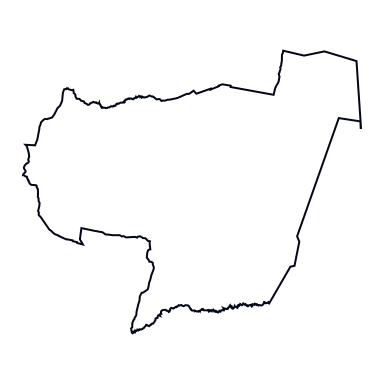 Rosario de la Frontera, Salta, Argentina
{"feature_id": "61730980B41964155809664", "entity_name": "Rosario de la Frontera", "entity_type": "district", "adm_level": 2, "iso_a3": "ARG", "parent_name": "Argentina", "parent_adm1": "Salta", "projection": "robinson", "projection_center": [-64.783, -25.907], "detail": "fine", "context": "isolated", "style": "outline", "palette": "ink", "viewbox_px": 384, "rotation_deg": 0, "n_neighbors": 0, "source": "geoboundaries", "source_scale": "gbopen_adm2", "svg_char_len": 5922}
<svg xmlns="http://www.w3.org/2000/svg" viewBox="0 0 384 384"><path d="M73.3,89.8L71.9,90.2L68.7,89.3L68.3,89.0L68.1,88.4L67.0,88.2L66.7,88.9L66.2,89.2L65.6,89.0L64.2,89.3L62.9,92.8L62.1,101.0L60.0,105.8L57.6,108.0L54.2,114.6L52.2,117.4L47.2,119.1L45.0,118.9L43.3,120.0L41.0,122.4L40.3,125.1L39.4,127.0L39.3,129.1L37.3,139.6L35.1,145.3L25.5,144.8L26.6,146.0L27.2,147.4L28.9,153.6L28.9,155.1L29.2,156.5L28.3,159.3L28.2,159.8L28.8,161.2L28.3,162.6L26.0,163.9L24.3,166.3L23.9,167.5L24.0,168.4L25.5,170.9L25.6,171.6L25.2,172.3L23.2,174.2L23.0,175.2L23.7,175.2L25.5,176.4L26.9,176.7L27.0,177.8L27.7,178.9L27.8,179.8L28.7,180.6L28.6,181.6L29.4,182.4L29.5,183.2L30.3,184.2L31.5,184.9L35.9,185.2L36.6,185.7L36.6,187.1L37.9,189.2L38.0,195.4L37.8,197.0L38.5,198.2L38.6,201.0L39.6,202.9L39.3,206.2L38.1,211.0L38.7,212.2L38.9,213.2L38.6,214.4L38.9,215.3L40.6,216.9L49.2,229.4L51.9,231.4L52.4,232.2L54.9,234.2L58.7,235.6L58.6,235.9L66.3,239.4L66.5,239.2L72.7,240.4L72.8,241.2L77.0,242.1L77.0,242.9L82.9,244.5L79.9,239.3L81.4,228.1L93.8,230.7L102.6,232.3L105.2,234.2L106.2,234.6L107.7,234.5L112.5,235.2L119.7,235.2L122.1,236.5L123.7,236.1L126.0,237.4L134.9,236.9L137.1,237.6L137.7,236.8L139.5,236.3L140.8,236.6L143.0,238.1L145.1,238.2L146.3,239.1L148.0,240.9L149.9,241.3L149.7,241.9L149.7,244.1L150.3,249.4L149.0,249.7L148.1,250.3L147.3,252.5L146.8,257.7L148.6,259.8L149.4,261.8L150.9,261.7L152.7,262.7L152.8,264.4L153.9,267.4L153.4,270.0L151.5,274.8L150.1,280.3L149.3,282.1L148.5,286.6L147.7,289.4L143.8,292.2L142.7,292.7L141.6,292.8L139.8,296.5L139.5,300.7L138.4,304.0L136.6,311.4L136.3,314.9L135.9,316.0L134.7,317.6L134.3,319.3L133.6,320.0L132.5,322.5L132.2,324.3L132.3,327.1L131.1,328.5L131.8,332.5L132.5,333.3L133.0,333.0L132.5,332.3L132.6,331.9L133.2,331.6L134.7,332.2L134.6,331.5L135.1,330.5L135.8,331.3L137.0,330.6L137.3,330.2L137.3,329.6L137.9,329.6L138.6,330.3L138.9,329.9L139.5,329.9L139.7,329.3L141.4,329.5L142.0,329.0L142.5,329.0L142.8,328.5L143.9,328.0L144.5,327.0L145.7,325.9L146.1,324.9L146.9,324.9L147.3,325.4L149.0,326.2L149.7,325.4L150.5,325.3L150.8,324.6L151.7,324.2L151.9,323.7L153.3,323.5L153.6,322.7L154.5,321.8L154.9,320.9L155.3,320.5L155.4,319.0L155.7,318.4L156.5,318.2L157.0,317.8L157.5,317.9L158.0,315.5L158.7,315.3L160.1,315.9L159.5,314.6L159.9,314.2L161.3,313.8L161.0,313.0L161.0,311.9L161.4,310.9L161.9,310.5L163.5,309.9L165.8,309.9L166.4,310.7L167.9,310.8L168.8,312.0L169.3,311.7L170.0,310.5L170.1,309.2L171.1,307.9L173.4,308.5L173.8,308.0L174.3,308.0L175.7,306.9L176.4,307.1L176.7,306.6L177.2,306.7L178.7,305.2L179.1,305.6L181.5,305.0L182.2,305.7L183.6,306.2L185.4,305.2L188.0,305.4L188.8,306.0L190.3,308.6L190.9,309.0L190.8,309.4L191.2,309.9L192.2,310.6L194.5,310.5L194.9,311.3L195.7,310.9L196.7,311.4L198.2,311.6L198.3,311.1L198.6,311.0L199.8,311.0L200.0,311.3L200.4,310.2L202.0,309.9L201.9,309.1L203.0,309.0L203.6,310.2L207.0,310.4L208.3,309.9L208.7,310.1L208.5,310.7L208.9,311.5L209.2,311.2L210.0,311.2L210.3,310.9L210.4,310.2L210.7,310.3L210.6,310.7L211.5,310.8L211.8,311.1L212.1,310.1L213.1,310.3L213.3,309.9L214.3,311.5L214.9,311.3L215.0,310.7L215.9,310.9L215.9,311.8L217.3,311.7L217.3,312.2L217.9,312.5L218.8,311.5L219.8,311.7L219.8,311.0L220.5,311.2L220.5,310.7L222.0,310.2L223.9,310.4L224.2,309.7L223.5,309.4L223.6,308.8L223.3,308.1L224.0,308.5L225.5,308.6L226.5,309.1L227.7,308.3L227.9,308.7L228.1,308.6L228.4,307.4L229.7,306.7L229.5,306.1L230.1,305.3L230.5,306.3L231.0,305.9L231.6,306.2L231.8,306.7L231.4,307.6L231.7,307.9L232.1,307.5L232.5,308.6L232.8,308.7L233.0,308.1L233.8,308.0L234.6,306.1L234.8,306.6L235.8,306.9L237.2,307.7L237.2,307.3L237.9,306.8L237.5,305.8L237.6,305.5L238.9,304.8L239.1,305.1L238.8,306.0L239.3,305.8L240.2,304.0L241.9,305.3L242.4,305.0L243.1,303.5L243.4,303.4L243.6,303.9L244.4,304.4L245.4,304.1L245.5,305.1L247.0,305.1L247.7,305.4L247.8,305.9L247.6,306.2L247.9,306.3L249.0,305.3L251.5,304.7L251.8,305.0L251.3,305.4L251.3,305.8L251.8,306.0L251.9,306.4L252.2,306.2L252.6,305.1L252.7,304.2L253.7,304.3L254.3,304.8L254.5,304.6L254.3,304.1L254.8,303.6L255.1,303.8L254.9,304.3L255.1,304.6L256.5,304.2L256.7,304.9L257.5,304.6L258.3,305.5L259.2,305.0L261.6,305.5L262.3,305.2L263.2,304.2L263.5,303.6L264.0,303.3L264.1,302.0L264.5,302.0L264.9,303.1L265.3,303.3L267.3,302.9L268.2,302.3L268.4,303.1L269.1,303.5L290.4,266.7L294.5,265.8L299.3,241.7L297.1,236.4L338.8,118.1L360.4,121.4L360.7,128.0L361.0,128.0L356.5,61.1L324.4,51.4L304.1,55.6L283.2,50.7L282.9,53.0L282.0,54.5L281.8,61.8L281.4,62.9L281.2,65.4L280.2,67.4L280.5,68.9L280.3,69.9L279.5,71.9L279.5,72.6L278.7,73.8L279.5,76.7L278.6,81.6L278.1,82.9L276.6,85.2L275.2,88.1L273.6,94.8L230.6,87.0L230.7,85.7L222.4,84.3L218.7,85.6L218.9,86.2L210.5,89.6L210.6,88.7L196.4,93.7L193.6,90.7L189.1,93.9L186.7,93.9L177.5,98.0L170.6,99.5L167.5,99.8L164.8,100.7L162.8,100.5L161.5,101.0L159.8,99.2L159.0,99.0L156.7,99.4L155.4,98.5L154.2,97.3L153.5,97.2L152.7,96.4L151.5,96.5L149.6,95.5L148.6,95.9L147.4,96.8L144.8,97.5L143.9,97.2L143.1,97.4L142.5,96.8L141.8,97.4L141.5,96.6L140.4,97.1L140.3,96.3L139.3,96.4L139.0,96.0L138.5,96.7L137.8,96.8L136.4,97.8L135.9,96.9L135.4,97.9L134.2,98.2L133.5,99.1L133.0,98.8L132.3,99.2L131.0,98.4L130.0,98.6L129.4,99.0L128.9,98.4L128.1,98.6L127.5,99.2L126.1,99.3L125.7,100.2L124.8,100.4L124.5,100.8L124.7,102.2L124.2,102.5L123.6,101.9L122.8,102.7L122.0,102.5L120.5,102.7L118.6,103.7L118.0,103.5L117.5,104.0L116.8,103.7L115.7,104.7L115.7,105.5L114.6,106.0L113.9,105.8L113.6,106.2L113.3,106.0L112.4,106.6L111.0,106.2L109.3,107.4L108.0,107.4L107.2,108.0L105.9,108.1L104.8,107.7L102.8,107.8L102.4,107.2L101.7,107.6L101.5,106.8L100.9,106.5L100.7,105.2L100.1,104.8L99.9,104.1L99.3,103.9L99.2,102.8L98.9,103.4L98.3,103.2L97.7,103.5L96.8,103.1L96.4,102.4L95.8,102.3L95.3,102.7L93.1,101.9L92.6,102.4L90.4,103.2L89.3,104.6L87.9,104.8L87.3,104.5L86.6,103.8L84.6,103.0L83.8,101.4L81.2,100.8L79.5,98.9L76.6,98.7L75.4,96.3L75.4,94.8L74.7,93.8L73.8,93.1L73.3,89.8Z" fill="none" stroke="#020617" stroke-width="2"/></svg>